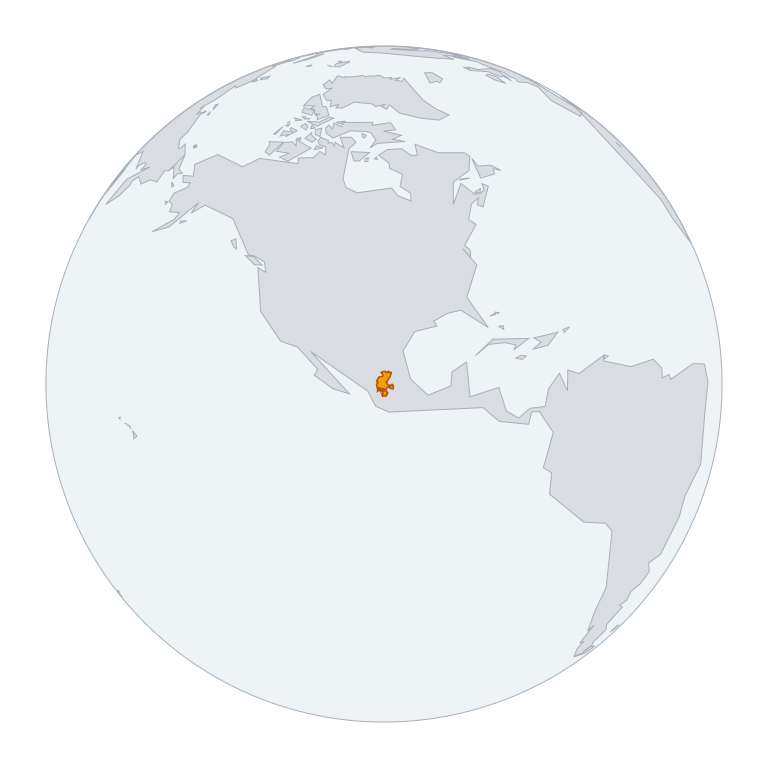 Zacatecas highlighted on a globe, orthographic projection, rotated 342°
{"feature_id": "MEX-2713", "entity_name": "Zacatecas", "entity_type": "State", "adm_level": 1, "iso_a3": "MEX", "parent_name": "Mexico", "parent_adm1": "", "projection": "orthographic", "projection_center": [-102.796, 23.104], "detail": "fine", "context": "on_globe", "style": "filled", "palette": "amber", "viewbox_px": 768, "rotation_deg": 342, "n_neighbors": 0, "source": "natural_earth", "source_scale": "10m", "svg_char_len": 13421}
<svg xmlns="http://www.w3.org/2000/svg" viewBox="0 0 768 768"><g transform="rotate(342 384 384)"><circle cx="384" cy="384" r="338" fill="#eef3f6" stroke="#a8b0b8"/><path d="M67.3,498.2L68.1,500.6L67.3,498.2ZM523.3,458.3L515.7,456.1L509.1,467.0L482.1,455.2L470.8,437.0L380.1,412.3L369.1,402.5L366.4,385.8L324.4,330.5L348.1,382.7L333.9,372.7L320.5,354.1L325.5,349.5L313.1,322.1L298.9,311.4L289.1,276.9L300.0,234.4L306.1,241.3L308.0,231.1L300.5,222.3L295.0,219.2L291.3,179.9L269.1,158.6L253.4,161.8L263.7,154.2L228.0,168.2L210.3,167.5L235.7,162.5L242.4,157.8L233.1,153.8L238.0,148.3L236.4,143.6L243.1,137.6L257.4,136.3L262.0,132.7L255.1,130.3L257.5,123.6L266.9,127.5L272.0,116.6L296.9,114.5L316.5,133.7L335.7,131.1L370.2,147.8L372.5,142.6L387.0,147.0L395.0,142.9L399.2,148.1L402.0,140.5L396.7,136.6L396.2,132.3L400.4,129.8L406.4,135.6L405.1,137.7L409.1,138.3L410.3,142.4L412.1,139.0L418.9,147.0L418.5,135.7L429.2,139.3L432.0,145.7L423.4,149.3L408.4,176.2L408.6,185.4L417.5,193.9L451.7,199.9L455.3,209.1L466.3,218.3L468.2,210.7L460.3,201.0L466.4,190.3L456.0,180.7L457.0,175.4L449.6,164.7L459.7,162.1L473.5,165.7L480.2,174.7L486.5,176.9L487.5,165.5L506.9,180.8L531.9,188.9L535.9,194.0L530.7,207.3L512.3,213.4L505.5,234.5L519.1,217.1L528.9,231.5L534.4,232.7L539.2,230.2L539.0,223.6L544.3,228.2L532.9,246.2L527.9,242.2L531.6,236.2L523.0,239.7L515.3,253.6L520.9,260.8L503.5,277.2L507.3,282.9L505.6,290.2L500.7,279.8L509.1,299.3L489.5,327.2L500.6,362.5L479.8,337.5L466.3,336.4L450.7,339.5L452.3,345.2L429.6,343.7L412.4,358.3L410.8,387.4L422.4,408.3L447.1,406.4L452.4,393.5L469.3,388.6L461.9,422.7L492.2,422.8L491.9,447.2L501.4,458.0L515.4,452.2L530.2,455.2L539.1,439.3L554.2,428.0L556.4,447.1L563.2,427.4L572.6,434.4L601.5,424.7L599.8,429.8L624.3,443.8L647.7,443.6L653.1,454.7L650.6,464.2L658.0,462.9L658.1,468.2L684.2,460.1L694.9,464.0L692.7,482.4L680.2,510.6L660.4,558.1L635.6,583.5L623.6,601.7L594.4,631.4L580.1,636.1L578.4,644.3L565.7,653.4L554.8,657.5L548.0,664.6L539.7,667.3L541.8,669.8L521.4,681.5L519.1,686.3L502.5,694.5L501.3,696.7L497.6,697.7L491.9,699.8L489.1,701.4L480.6,701.6L486.0,695.3L494.7,690.5L489.9,691.0L509.1,678.3L501.4,681.8L515.4,664.0L532.4,646.2L555.5,594.2L551.7,584.9L531.3,577.1L507.4,539.9L516.0,520.3L509.8,512.8L530.0,482.4L523.3,458.3ZM129.1,358.9L130.6,351.1L133.0,357.1L129.1,358.9ZM129.4,345.6L129.3,348.4L128.9,345.9L129.4,345.6ZM127.7,343.4L128.9,345.0L127.2,343.9L127.7,343.4ZM125.1,341.3L126.6,342.1L126.3,342.3L125.1,341.3ZM501.3,375.0L535.8,385.4L518.5,391.4L521.4,387.6L512.2,382.2L495.8,378.6L480.0,385.2L501.3,375.0ZM122.0,335.8L121.3,334.2L122.9,334.1L122.0,335.8ZM511.6,352.4L505.8,352.2L511.2,350.9L511.6,352.4ZM291.8,218.9L299.8,222.9L304.8,233.3L297.6,230.5L291.8,218.9ZM283.0,200.5L288.1,200.2L285.5,210.0L283.4,207.1L283.0,200.5ZM241.0,166.0L246.6,167.9L239.5,168.1L241.0,166.0ZM235.0,144.0L231.8,145.4L232.3,142.4L235.0,144.0ZM444.5,167.0L447.0,165.9L447.1,168.4L444.5,167.0ZM439.0,163.7L437.3,167.5L434.4,166.5L435.5,164.2L439.0,163.7ZM243.0,130.9L244.7,126.2L245.4,130.7L243.0,130.9ZM441.7,159.4L429.5,164.3L424.4,162.6L424.4,152.8L441.7,159.4ZM247.3,123.3L251.3,112.9L244.6,114.8L265.7,104.4L255.3,116.2L257.3,121.1L252.2,120.4L247.3,123.3ZM393.2,136.6L399.0,140.5L390.2,139.6L393.2,136.6ZM387.7,137.2L361.4,142.4L354.9,136.0L365.0,135.2L353.5,129.3L363.2,123.5L371.7,125.4L374.0,130.5L376.0,124.5L387.7,137.2ZM276.7,100.9L279.8,98.5L279.3,100.8L276.7,100.9ZM395.3,130.5L390.5,131.8L384.6,126.2L392.9,122.5L392.2,125.4L395.3,130.5ZM345.6,131.0L342.7,126.6L349.7,120.5L349.6,118.0L362.8,122.8L345.6,131.0ZM395.7,125.5L397.3,120.9L404.0,121.5L399.5,128.8L395.7,125.5ZM379.5,126.4L377.0,123.7L381.1,123.9L379.5,126.4ZM428.6,122.1L423.1,123.2L419.5,120.2L428.6,122.1ZM397.5,119.2L395.2,119.0L393.1,118.2L395.6,115.4L397.5,119.2ZM366.9,118.5L370.5,117.1L361.8,116.1L366.8,112.1L374.7,116.2L373.4,112.7L374.9,111.5L379.7,116.3L366.9,118.5ZM391.9,110.3L403.8,115.0L414.8,113.2L418.3,115.6L399.9,118.1L391.9,110.3ZM384.3,113.3L389.8,111.9L391.4,115.3L388.6,118.4L384.3,113.3ZM367.2,108.0L357.6,113.1L356.2,112.1L367.2,108.0ZM394.8,109.0L391.9,107.9L395.4,108.4L394.8,109.0ZM375.4,107.3L372.2,109.2L370.6,108.0L375.4,107.3ZM388.7,104.6L392.5,105.9L390.8,107.9L388.7,104.6ZM382.4,105.3L381.0,103.2L387.9,107.8L381.2,106.2L382.4,105.3ZM374.4,105.9L372.5,105.8L376.0,105.3L374.4,105.9ZM393.3,96.6L402.3,102.0L398.3,106.2L390.1,100.3L393.3,96.6ZM492.5,702.1L480.3,702.3L488.2,701.9L499.2,697.6L503.5,698.3L492.5,702.1ZM522.6,689.7L532.1,685.5L532.7,685.7L526.3,688.6L522.6,689.7ZM596.1,120.9L596.2,121.1L609.7,132.5L608.5,131.6L621.4,145.2L650.4,178.7L655.3,187.7L653.7,190.3L630.6,166.2L622.2,149.1L613.9,141.8L604.8,138.1L603.0,133.7L598.3,130.5L594.1,124.7L577.5,111.5L571.6,105.9L554.9,96.8L549.6,93.1L561.0,99.2L565.8,101.2L549.9,89.8L543.8,86.4L534.2,81.8L531.0,79.9L523.8,77.0L509.6,70.5L520.8,76.5L509.9,72.9L495.8,67.5L494.2,67.8L517.1,76.7L524.5,79.5L527.6,80.0L549.3,90.5L557.0,95.5L541.8,89.8L551.1,96.8L535.2,90.6L482.9,68.0L466.3,61.8L460.4,55.9L470.2,58.0L477.1,60.9L480.1,60.4L475.4,59.3L472.7,58.2L461.6,55.7L459.2,54.9L452.6,54.4L448.4,53.2L452.6,53.5L432.6,50.2L421.1,48.4L417.7,48.2L417.4,48.4L403.1,46.7L401.2,46.7L405.2,47.2L404.0,47.7L396.5,48.3L391.9,47.7L394.1,47.3L391.7,46.3L396.5,46.3L420.6,48.1L444.4,51.5L467.9,56.7L491.0,63.5L513.6,71.9L535.5,81.9L556.6,93.5L576.8,106.5L596.1,120.9ZM392.6,46.2L388.8,46.2L391.7,47.3L388.4,47.9L385.6,47.0L386.4,47.4L383.3,47.6L376.1,47.4L378.5,48.5L351.1,55.2L334.4,56.7L334.9,54.4L311.0,61.7L293.9,64.9L297.7,65.0L288.7,69.9L293.9,68.9L295.0,69.4L274.4,84.1L266.0,87.9L261.3,96.4L263.2,96.8L269.1,94.3L265.7,104.4L244.6,114.8L241.4,113.3L230.4,121.6L224.6,117.6L214.7,118.8L214.7,110.9L206.9,113.4L203.5,116.6L190.2,123.1L174.9,127.3L202.4,109.8L228.4,105.3L219.1,105.3L225.7,101.5L225.1,99.5L218.2,100.5L214.6,102.8L226.5,88.6L218.7,89.6L208.3,96.4L197.7,102.9L184.4,111.3L204.9,97.5L226.2,85.2L248.5,74.5L271.4,65.4L295.0,58.0L319.0,52.4L343.3,48.5L367.9,46.5L392.6,46.2ZM719.8,346.2L719.4,344.4L709.7,315.8L704.6,294.8L696.7,277.1L656.2,189.5L655.5,185.0L640.5,164.0L656.2,183.7L670.3,204.5L682.9,226.4L693.8,249.1L703.0,272.6L710.5,296.7L716.1,321.3L719.8,346.2ZM679.2,225.7L682.5,231.2L682.5,231.3L679.2,225.7ZM602.3,424.1L606.0,426.7L601.6,428.3L602.3,424.1ZM517.3,400.0L524.1,399.1L528.0,401.4L523.0,403.4L517.3,400.0ZM571.0,387.4L578.1,387.1L571.2,390.8L571.0,387.4ZM541.0,386.5L565.3,388.4L551.8,397.9L536.3,397.0L546.3,392.8L541.0,386.5ZM510.9,364.6L515.4,365.2L514.8,369.0L510.9,364.6ZM515.5,351.6L514.0,352.3L511.2,349.7L515.5,351.6ZM529.6,230.4L530.7,229.1L536.1,227.9L534.7,231.2L529.6,230.4ZM553.0,208.8L561.0,216.8L554.3,212.9L554.0,218.5L539.6,218.0L537.2,196.5L540.9,206.0L553.0,208.8ZM519.7,212.7L529.1,214.6L518.9,213.4L519.7,212.7ZM576.4,122.1L578.5,121.2L585.2,125.9L592.6,135.6L582.9,128.7L576.4,122.1ZM579.8,119.3L562.6,112.3L557.3,106.9L563.2,110.9L561.4,108.0L570.4,113.9L582.1,116.6L588.8,121.1L598.9,135.0L591.9,127.5L590.3,128.4L579.8,119.3ZM528.2,112.6L520.7,111.9L518.9,100.6L526.1,102.8L534.0,111.9L530.1,114.8L528.2,112.6ZM444.0,142.0L441.3,144.1L439.6,142.3L440.6,139.0L444.0,142.0ZM426.3,122.8L454.3,131.7L452.6,134.3L471.0,137.5L473.6,145.9L461.6,143.3L477.4,152.8L467.6,153.9L478.9,159.8L451.8,153.1L443.6,155.2L451.7,149.5L449.5,141.6L446.1,138.8L430.3,132.8L411.6,134.3L406.5,127.5L407.8,122.3L411.5,120.9L413.7,125.6L417.1,120.4L423.1,126.1L426.3,122.8ZM426.4,78.0L427.3,81.9L435.2,76.6L441.2,80.6L441.7,79.7L449.4,82.3L459.7,84.1L461.2,86.3L464.6,86.2L469.8,88.2L474.9,88.9L479.4,93.4L486.0,94.8L484.3,96.2L494.5,97.6L489.0,98.7L495.1,102.0L497.3,99.2L509.0,126.3L518.3,138.3L529.0,148.2L518.0,150.0L500.9,142.5L482.6,131.3L475.3,120.1L471.6,123.5L467.1,119.3L471.9,118.4L461.7,117.5L459.2,113.9L442.9,106.8L429.9,108.7L423.6,106.6L427.4,104.1L418.5,103.8L421.5,98.0L417.1,96.5L415.6,89.7L425.7,86.6L420.0,85.3L418.6,80.7L426.4,78.0ZM393.3,94.6L403.9,88.9L412.4,88.6L411.3,100.7L414.9,102.8L414.5,111.5L402.2,112.0L403.4,109.4L401.8,107.0L406.3,107.7L401.4,105.4L403.0,101.9L399.6,99.3L404.0,98.0L393.3,94.6ZM625.1,147.2L622.3,144.5L619.9,142.1L625.1,147.2ZM612.8,135.4L619.0,141.2L617.0,139.3L612.8,135.4ZM558.0,97.0L554.5,94.5L556.3,95.3L560.7,97.9L558.0,97.0ZM450.8,66.3L450.0,67.7L447.7,67.3L439.8,68.8L434.7,66.5L437.4,64.6L450.8,66.3ZM444.0,64.0L441.3,64.7L440.4,63.1L444.0,64.0ZM430.5,64.9L428.6,63.1L433.1,66.4L430.5,64.9ZM396.6,50.9L413.3,50.8L422.0,50.5L421.6,49.4L429.3,51.5L416.0,51.9L396.6,50.9ZM357.2,54.4L357.7,56.3L352.8,56.3L352.0,55.9L357.2,54.4ZM360.9,54.9L370.3,56.0L367.5,57.7L360.6,56.5L360.9,54.9ZM407.7,58.0L413.0,57.9L413.6,59.1L407.7,58.0ZM66.9,499.8L69.2,505.6L68.0,503.2L66.9,499.8ZM68.1,500.7L66.6,498.1L67.3,498.2L68.1,500.7ZM168.9,123.4L170.0,122.5L159.9,131.3L155.3,135.3L154.9,135.6L168.9,123.4ZM169.6,123.0L174.9,118.6L201.8,100.6L204.9,99.3L179.2,116.1L182.8,113.1L177.9,116.4L169.6,123.0ZM276.7,98.5L279.5,98.5L275.8,100.1L276.7,98.5ZM298.1,68.8L299.0,69.8L294.6,71.1L298.1,68.8ZM299.0,73.6L303.3,71.3L300.6,74.0L299.0,73.6ZM312.7,66.5L305.9,70.6L309.7,66.4L312.7,66.5Z" fill="#d9dde1" stroke="#a8b0b8" stroke-width="1"/><path d="M394.6,375.3L394.4,375.7L394.3,375.9L394.0,376.1L393.8,376.3L393.6,376.7L393.0,377.6L392.8,378.0L392.5,378.5L392.4,378.7L392.1,378.8L391.9,379.0L391.5,379.4L391.3,379.7L390.8,380.0L390.3,380.3L390.1,380.4L389.9,380.6L389.8,380.9L389.7,381.0L389.4,381.0L389.2,381.2L389.1,381.3L388.9,381.5L388.6,381.9L388.5,382.1L388.3,382.2L388.1,382.4L387.9,382.5L387.7,382.6L387.6,382.4L387.6,382.2L387.3,382.2L387.2,382.3L387.1,382.8L387.1,383.0L386.9,383.0L386.7,383.0L386.7,383.3L386.9,383.4L386.9,383.5L387.1,384.0L387.1,384.3L386.9,384.6L387.0,384.7L387.2,385.2L387.3,385.5L387.5,385.8L387.7,386.0L388.2,386.5L388.3,386.6L388.6,386.7L388.8,386.9L389.0,387.4L389.2,387.6L389.4,387.8L389.5,387.8L389.8,387.8L390.0,387.6L390.4,387.5L390.5,387.4L390.6,387.0L390.8,386.9L391.0,386.9L391.7,386.9L391.8,386.9L391.9,387.0L392.1,387.6L392.2,387.8L391.9,387.9L391.8,388.0L391.7,388.2L391.7,388.3L392.0,389.1L392.1,389.9L392.0,390.0L391.0,391.4L390.9,391.2L390.7,391.2L390.4,390.9L390.2,390.7L389.8,390.7L389.6,390.7L389.3,390.4L389.2,390.4L389.1,390.2L388.9,390.0L388.7,389.9L388.4,389.6L388.4,389.2L388.4,388.9L388.0,388.8L387.9,388.8L387.8,388.6L387.7,388.6L387.5,388.4L387.4,388.3L387.2,388.4L387.0,388.2L386.9,387.9L386.7,387.9L386.5,388.1L386.4,388.2L386.2,388.3L385.9,388.4L385.8,388.6L385.7,388.6L385.2,388.7L384.8,388.8L384.7,389.0L384.8,389.3L384.7,389.6L384.4,389.9L384.3,390.0L384.0,390.5L383.8,390.8L383.7,391.0L383.7,391.4L383.7,391.6L383.8,391.8L384.2,392.0L384.1,392.6L384.1,392.8L384.5,393.0L384.8,393.0L384.9,393.3L384.8,393.5L384.6,394.1L384.3,394.2L384.2,394.4L384.1,394.6L383.9,394.7L384.0,394.5L383.9,394.4L383.7,394.5L383.3,394.7L383.2,394.8L382.7,394.7L382.6,394.8L382.6,395.2L382.6,395.7L382.6,396.0L382.4,396.2L382.1,396.0L381.8,396.0L381.6,395.9L380.8,395.5L380.7,395.4L380.4,395.5L380.3,395.4L380.1,395.2L379.6,395.3L379.5,395.2L379.4,395.2L379.4,394.9L379.2,394.9L378.8,395.0L378.8,394.6L379.0,394.4L379.0,394.1L379.0,393.9L379.0,393.7L378.9,393.3L379.2,393.5L379.3,393.5L379.5,393.3L379.6,393.1L379.8,393.0L379.9,392.9L380.0,392.9L380.0,392.7L380.0,392.3L380.0,392.1L380.0,391.9L379.9,391.7L380.0,391.6L380.1,391.4L380.7,390.9L380.8,390.9L381.0,390.9L381.3,390.6L381.6,390.6L381.8,390.6L382.0,390.6L382.1,390.4L382.2,390.2L382.3,390.1L382.4,389.9L382.3,389.7L382.2,389.7L382.4,389.4L382.5,389.4L382.6,389.0L382.7,388.9L382.6,388.7L382.4,388.7L382.2,388.5L381.9,388.6L381.9,388.3L381.5,388.0L381.2,387.8L380.9,387.5L380.7,387.7L380.6,388.0L380.7,388.3L380.9,388.3L380.8,388.6L380.7,388.7L380.7,388.9L380.7,389.0L380.4,389.1L380.2,389.7L380.2,389.8L380.1,389.7L379.8,389.6L379.7,389.6L379.6,389.8L379.4,389.8L379.2,389.7L379.3,389.2L379.2,388.9L379.2,388.7L379.3,387.9L379.4,387.7L379.6,387.6L379.6,387.4L379.4,387.3L379.4,387.2L379.0,387.0L378.9,386.9L378.9,387.0L378.7,387.2L378.7,387.5L378.6,388.0L378.2,389.4L378.1,389.1L378.0,388.8L378.0,388.6L378.2,388.2L378.1,387.8L378.1,387.7L378.3,387.5L378.3,387.4L378.2,387.2L378.3,387.1L378.5,387.0L378.6,386.8L378.6,386.6L378.7,386.2L377.5,385.9L377.5,387.1L377.8,387.4L377.8,387.5L377.7,388.2L377.7,388.3L377.3,388.4L376.7,388.5L375.6,388.9L375.7,388.7L376.1,387.4L376.3,386.7L376.3,386.4L376.4,385.2L376.4,383.9L376.5,383.7L376.8,383.3L376.9,382.0L376.9,381.9L377.0,381.9L377.6,381.5L377.7,381.3L377.8,381.2L377.9,380.9L377.9,380.7L378.1,380.7L378.3,380.8L378.5,380.8L378.5,380.6L378.5,380.4L378.2,380.2L378.3,379.8L378.3,379.7L378.2,379.5L378.1,379.3L378.0,379.1L378.4,379.0L378.4,378.8L378.4,378.7L378.4,378.4L378.4,378.2L378.6,378.1L379.1,377.9L379.3,377.7L379.6,377.3L379.7,377.1L379.8,377.0L380.1,376.9L380.1,376.7L380.3,376.6L380.5,376.6L380.7,376.3L380.8,376.2L381.1,375.9L381.4,375.9L381.6,375.8L383.5,376.2L384.0,376.3L384.5,376.3L384.9,376.1L385.2,376.1L385.6,376.0L385.6,375.9L385.6,373.9L385.6,373.6L385.4,373.4L385.1,373.0L385.0,372.9L384.8,372.5L384.7,372.4L384.8,372.2L385.0,372.1L386.7,371.9L387.2,371.8L387.3,371.9L389.0,372.4L389.1,372.5L389.4,373.0L389.5,373.2L389.7,373.3L389.9,373.3L390.2,373.3L390.3,373.4L390.4,373.5L390.5,373.6L390.5,373.9L390.3,373.9L390.1,373.8L390.2,374.1L390.3,374.2L391.1,374.3L391.3,374.2L391.8,373.7L391.8,373.9L392.2,373.8L392.4,373.8L392.6,374.0L392.8,374.3L393.0,374.7L393.1,374.9L393.3,375.0L393.5,375.1L393.9,375.1L394.0,375.0L394.6,375.3Z" fill="#f59e0b" stroke="#b45309" stroke-width="1.5"/></g></svg>